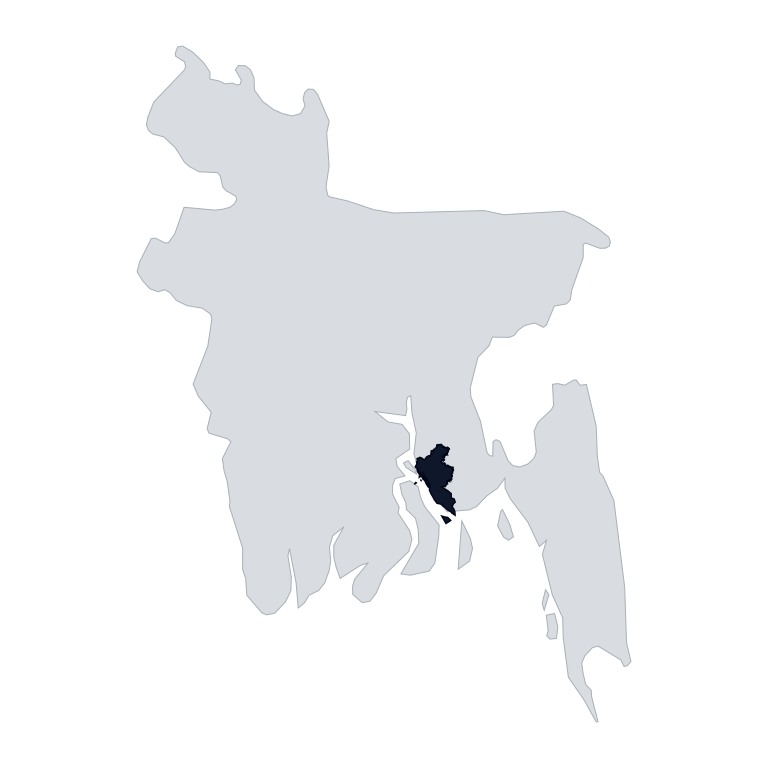 Lakshmipur, Chittagong, Bangladesh (highlighted)
{"feature_id": "16705992B31973889793084", "entity_name": "Lakshmipur", "entity_type": "district", "adm_level": 2, "iso_a3": "BGD", "parent_name": "Bangladesh", "parent_adm1": "Chittagong", "projection": "albers", "projection_center": [90.887, 22.836], "detail": "fine", "context": "in_parent", "style": "filled", "palette": "ink", "viewbox_px": 768, "rotation_deg": 0, "n_neighbors": 0, "source": "geoboundaries", "source_scale": "gbopen_adm2", "svg_char_len": 9619}
<svg xmlns="http://www.w3.org/2000/svg" viewBox="0 0 768 768"><path d="M242.6,569.4L242.7,548.2L229.3,506.3L230.0,501.8L227.3,481.6L224.0,470.5L222.4,458.6L230.9,441.6L227.6,438.8L209.2,433.3L207.1,428.9L211.2,412.2L198.2,396.1L193.1,384.1L207.8,346.1L211.8,319.5L210.8,314.3L202.3,308.2L187.0,305.6L176.3,300.4L170.1,292.8L164.8,289.7L158.2,291.8L149.8,288.7L142.9,281.1L137.1,271.9L139.6,262.0L151.2,238.7L155.3,238.1L164.8,242.8L168.4,242.8L174.9,233.6L184.1,207.3L214.9,210.1L222.3,209.3L230.0,207.3L234.2,204.0L236.6,199.8L235.9,196.2L226.5,191.0L222.9,187.3L220.4,176.6L217.7,172.6L199.2,171.8L189.7,166.8L184.5,162.3L175.3,147.7L163.9,136.9L152.9,134.1L148.6,130.6L146.4,125.1L147.9,117.1L153.8,102.0L184.7,69.7L185.6,66.0L184.5,61.8L175.7,56.3L175.1,53.7L177.7,46.9L182.8,46.1L193.2,52.5L203.7,62.8L209.9,72.0L210.0,79.1L218.3,80.7L225.2,83.9L232.4,83.1L237.0,84.9L240.1,84.3L241.3,80.2L235.4,69.8L238.4,65.5L245.4,65.8L250.4,69.7L254.0,77.8L254.5,90.1L262.6,101.5L273.3,109.5L281.7,113.3L291.9,116.0L300.6,113.6L305.0,105.8L303.1,98.8L304.6,92.5L308.1,89.1L313.5,89.4L317.6,94.4L329.2,121.3L326.7,133.1L329.1,165.7L326.0,187.2L327.8,195.4L329.8,196.9L347.8,201.0L373.8,209.7L393.8,213.0L484.0,210.6L503.8,214.7L564.0,211.2L580.5,217.9L598.4,228.9L608.6,237.0L610.4,241.8L609.4,245.9L606.0,248.1L599.8,248.3L585.6,243.0L583.2,244.6L583.2,257.5L571.8,289.9L570.3,299.9L566.3,303.9L554.3,306.1L546.5,324.9L543.3,327.3L535.4,323.2L530.5,323.9L524.4,325.7L518.2,330.1L514.0,335.5L509.2,337.4L492.3,337.1L489.0,345.8L477.9,357.3L470.3,387.7L470.9,397.0L480.4,421.1L487.1,452.6L489.6,455.7L492.8,456.0L493.0,441.6L496.1,439.7L500.0,441.4L508.1,460.7L512.7,465.6L519.8,467.0L527.9,464.0L533.9,458.3L536.3,452.1L534.1,431.0L537.9,422.4L551.6,409.4L553.6,405.5L552.5,384.3L557.8,383.6L564.8,385.2L573.6,380.1L576.3,380.0L580.1,385.3L586.4,384.4L596.2,426.2L597.3,455.9L599.6,472.3L603.0,476.0L613.9,500.6L624.7,587.4L626.5,642.6L630.9,661.4L627.5,665.6L624.1,666.5L620.8,659.9L598.0,646.1L592.5,647.6L584.8,655.8L581.7,663.4L583.2,674.0L585.7,684.4L591.2,690.3L591.7,697.0L598.0,721.7L596.2,721.9L583.7,699.4L568.4,677.3L563.2,637.5L562.7,617.9L552.3,594.8L542.4,554.5L546.5,540.3L539.4,546.5L528.0,522.4L510.3,498.8L505.1,488.3L504.9,478.1L497.3,488.4L487.0,495.7L476.6,506.5L469.6,509.8L447.4,511.8L434.6,497.3L416.3,461.8L413.9,453.8L416.3,432.9L412.0,413.2L410.8,395.8L407.5,397.3L406.3,402.1L406.9,409.4L405.6,415.6L374.9,411.5L388.0,421.9L402.1,424.4L409.3,433.7L409.8,449.1L395.9,458.5L397.1,466.3L405.1,475.9L395.3,478.5L392.7,484.8L392.4,493.7L399.2,507.4L398.0,512.8L409.6,530.6L411.9,539.2L408.9,551.3L383.6,575.8L376.2,593.1L370.0,601.2L362.2,602.7L352.7,594.4L352.6,586.0L354.6,579.3L367.9,563.1L360.7,565.2L340.1,578.5L336.3,567.6L333.8,557.5L333.8,545.2L343.8,526.8L332.6,535.9L329.4,547.4L330.7,560.9L329.2,570.5L324.7,583.0L318.7,590.5L309.0,595.3L304.7,602.6L298.2,608.0L296.1,582.8L289.5,548.6L287.9,555.9L291.3,577.1L290.9,590.8L285.6,601.7L274.8,613.2L266.6,614.8L261.9,612.9L246.8,595.2L245.7,578.6L242.6,569.4ZM429.3,571.1L410.4,575.2L400.9,573.9L418.8,543.3L418.2,529.6L415.5,518.4L406.4,509.4L405.9,503.0L401.9,494.2L399.8,484.0L409.8,480.7L418.0,486.6L420.9,498.2L424.9,507.0L439.1,524.9L438.8,535.9L434.9,562.9L429.3,571.1ZM469.6,561.1L458.2,569.2L461.8,520.9L470.4,538.8L472.5,548.5L469.6,561.1ZM513.4,536.8L508.4,540.2L503.7,537.2L497.6,525.9L500.6,511.5L502.4,509.5L509.7,524.1L513.4,536.8ZM556.5,638.5L549.9,639.1L546.7,635.7L548.2,630.8L546.3,615.2L554.6,613.5L557.8,626.6L556.5,638.5ZM548.9,594.7L544.2,610.3L542.2,603.4L545.5,589.7L548.9,594.7ZM414.7,469.1L416.6,474.1L406.2,467.6L403.4,463.0L408.1,460.6L414.7,469.1Z" fill="#d9dde1" stroke="#a8b0b8" stroke-width="1"/><path d="M415.3,466.6L415.6,467.5L416.2,468.0L416.8,468.1L417.7,468.9L418.2,470.1L419.9,473.0L420.4,473.7L422.0,476.8L421.9,476.2L422.5,477.0L422.6,477.5L423.3,478.8L423.8,479.0L424.0,478.7L423.3,477.5L423.6,477.8L423.8,478.4L424.1,478.6L424.3,478.5L424.7,477.8L424.5,478.3L424.7,478.2L424.9,477.6L423.8,476.3L423.0,474.6L423.0,473.8L422.5,472.6L422.6,471.8L422.8,472.5L423.7,474.0L424.6,476.2L425.4,477.3L426.0,477.8L427.5,479.8L428.3,482.4L428.4,482.5L428.7,482.4L429.7,484.0L429.9,484.9L429.9,486.6L429.5,488.9L429.4,490.0L430.1,491.8L431.3,494.3L433.3,497.6L434.3,499.7L436.5,502.5L436.7,503.0L437.2,503.3L438.9,503.7L439.9,503.8L441.5,504.5L442.2,505.1L442.8,505.9L444.7,507.2L447.4,509.8L450.3,511.4L451.2,512.2L451.8,513.0L455.1,515.2L454.8,511.6L454.5,510.7L453.6,508.7L452.8,507.6L452.0,506.9L453.4,503.8L455.1,502.3L455.1,501.5L454.4,500.0L454.3,499.2L453.5,498.7L451.2,498.0L451.2,493.5L450.7,493.3L447.9,490.8L447.0,490.3L444.1,488.4L442.7,487.9L441.4,486.9L443.4,486.6L443.7,486.3L444.8,486.6L445.4,486.5L445.6,485.5L445.9,484.8L446.4,484.9L446.6,484.7L446.8,484.3L446.6,484.1L446.8,483.7L447.0,484.0L447.4,483.8L447.1,483.5L447.3,482.9L447.3,482.4L446.7,481.6L447.1,480.9L447.3,480.8L447.5,481.2L447.8,481.0L448.5,481.2L448.3,481.0L448.2,480.8L448.5,480.5L448.8,480.5L448.6,480.6L448.6,480.8L449.5,480.4L449.9,480.6L449.9,480.4L450.3,480.3L450.3,480.1L450.4,479.9L450.6,480.0L450.5,479.8L450.8,479.6L450.7,479.5L451.5,479.4L451.8,479.0L451.7,478.5L451.7,478.3L451.4,477.9L451.2,477.4L451.9,476.5L452.2,476.5L452.3,476.3L452.3,476.0L451.7,475.9L451.4,475.3L451.6,475.0L451.9,474.9L451.8,474.7L451.4,474.8L451.2,474.6L451.5,474.0L452.0,473.6L452.0,472.9L452.3,472.9L452.1,472.6L452.4,472.3L452.0,472.0L452.0,471.8L452.8,471.3L453.0,470.8L453.2,470.7L453.0,470.4L453.1,470.2L453.4,469.9L453.4,469.6L453.2,469.6L452.7,469.3L452.8,469.1L453.1,469.0L452.8,468.2L453.1,467.4L452.4,467.2L452.0,467.3L451.8,468.1L451.3,467.5L451.0,467.4L450.8,467.2L450.7,466.7L450.4,466.6L450.2,466.7L450.1,467.1L449.6,467.2L449.3,466.8L449.0,466.8L448.9,466.3L448.1,466.2L448.1,465.8L448.4,465.7L448.1,465.5L447.8,465.2L447.6,465.2L447.5,465.3L447.2,465.0L447.3,465.2L447.2,465.4L447.3,465.6L447.0,465.6L447.2,465.9L447.0,466.0L447.0,465.8L446.5,466.0L446.3,466.4L446.1,466.4L446.0,465.4L445.7,465.0L445.3,464.9L445.5,464.5L445.4,464.1L444.5,464.0L444.5,463.6L444.9,463.6L444.7,463.2L444.6,463.3L444.2,463.4L444.0,463.1L443.0,463.1L442.3,463.4L442.2,463.2L441.8,463.1L441.8,462.3L441.1,461.8L441.6,461.4L441.8,460.7L442.1,460.6L442.2,460.2L443.2,460.8L443.2,460.5L443.3,460.1L443.1,460.1L443.2,459.9L443.9,459.9L444.3,460.1L444.5,459.9L444.4,459.4L444.0,459.5L443.5,458.6L443.6,458.0L442.6,457.6L442.4,456.5L443.1,456.4L443.4,456.5L443.5,456.8L443.8,457.1L444.5,457.2L444.5,456.6L444.2,456.3L444.2,456.0L443.9,455.9L443.7,455.5L444.3,455.7L444.4,455.4L444.8,455.3L445.0,455.7L445.6,455.4L445.8,455.2L445.8,454.2L446.7,455.0L446.9,455.0L447.1,454.8L447.4,454.8L447.2,454.5L447.6,454.3L447.3,454.3L447.3,453.5L446.9,453.4L446.9,453.0L447.2,452.7L447.3,452.4L447.7,452.3L447.7,451.7L448.2,451.6L448.3,450.5L448.1,450.3L448.2,450.1L448.4,450.0L448.5,449.6L449.1,449.5L449.0,449.2L449.2,448.7L448.8,448.6L448.5,447.9L448.3,447.7L447.4,447.8L447.2,448.1L447.2,447.9L447.0,448.1L446.8,448.1L446.7,447.8L446.3,448.1L446.2,447.7L445.9,447.6L445.5,447.8L445.1,447.7L445.0,447.4L443.8,447.6L443.8,447.2L444.1,447.2L444.0,446.6L443.7,446.6L443.7,447.0L442.7,447.0L442.8,446.7L442.7,445.9L442.3,445.6L441.6,444.7L441.5,444.9L440.9,444.8L440.5,445.0L440.2,444.5L439.3,444.7L439.1,444.6L438.3,444.8L437.9,445.2L437.7,445.0L437.6,445.3L437.4,445.2L437.0,445.4L436.8,445.3L436.8,445.9L436.7,446.2L436.9,446.6L437.2,446.8L437.0,447.2L436.5,447.5L436.2,447.6L435.9,448.0L435.6,448.1L435.7,448.7L434.8,449.0L434.6,449.2L434.0,449.2L433.7,449.6L433.8,449.9L433.7,450.3L433.4,450.5L432.4,450.6L431.3,451.0L431.6,451.4L431.1,452.1L431.2,452.7L430.9,453.8L431.1,453.9L431.1,454.1L431.0,454.4L430.7,454.9L430.8,454.9L430.8,455.1L431.0,455.2L430.7,455.4L430.7,455.6L431.1,455.4L430.9,455.7L430.5,455.7L430.3,455.8L429.9,455.9L429.3,455.7L429.0,455.9L428.5,455.8L428.1,456.2L427.5,456.4L427.3,456.8L426.6,456.9L426.4,457.4L426.9,457.6L426.9,457.8L426.5,457.8L426.1,458.3L425.7,458.3L425.8,458.6L425.4,458.8L424.3,459.9L424.0,459.8L421.7,458.0L420.3,457.5L419.7,457.4L418.0,458.5L417.5,458.4L417.4,458.7L417.0,458.8L417.4,461.1L417.1,461.6L416.5,461.9L416.5,462.1L416.7,462.4L417.5,462.6L417.7,463.0L416.8,463.2L416.8,463.5L417.0,463.9L415.3,466.6ZM446.0,523.5L450.7,520.5L449.8,519.4L448.4,518.4L448.3,517.9L448.0,517.7L447.4,517.4L444.9,517.0L441.8,516.1L446.0,523.5ZM427.2,481.1L426.8,479.6L426.0,480.0L425.7,480.0L425.4,480.7L425.0,481.1L426.1,483.5L426.4,484.1L427.0,484.1L427.5,483.8L429.2,484.8L428.9,484.0L428.1,483.1L427.6,482.1L427.2,481.1ZM428.5,487.1L428.7,486.0L429.0,485.4L428.9,484.7L427.6,483.9L426.6,484.4L427.4,485.8L428.3,487.0L428.5,487.1ZM425.9,479.9L426.6,479.4L425.9,478.5L425.7,478.2L425.3,478.0L424.5,479.6L424.6,480.3L424.9,480.8L425.3,480.5L425.6,479.9L425.9,479.9ZM419.3,476.1L419.3,477.0L419.6,476.6L420.2,476.5L420.4,476.7L420.7,476.5L420.0,476.2L419.9,476.0L419.3,476.1ZM414.9,483.8L415.5,483.5L415.8,482.9L416.0,483.1L416.3,482.9L415.8,482.5L415.6,482.5L415.2,483.1L415.2,483.6L414.9,483.6L414.9,483.8ZM419.6,474.3L419.2,473.4L418.5,472.8L418.7,473.6L419.1,473.7L419.4,474.4L419.6,474.3ZM423.6,475.2L423.6,474.4L423.2,473.9L423.2,474.8L423.4,475.2L423.6,475.2ZM424.7,477.0L423.8,475.5L423.5,475.4L424.0,476.5L424.7,477.0ZM418.5,472.8L418.1,472.1L417.4,471.4L417.5,471.8L418.5,472.8ZM423.7,479.7L423.3,479.2L423.0,479.0L423.3,479.6L423.7,479.7ZM422.6,478.1L422.3,477.2L422.2,477.1L422.4,478.0L422.6,478.1ZM417.8,469.7L417.5,469.0L417.3,468.9L417.5,469.4L417.8,469.7ZM421.1,480.5L421.1,480.3L420.9,480.2L420.9,480.4L421.1,480.5ZM419.8,474.6L419.7,474.3L419.8,474.6Z" fill="#0f172a" stroke="#020617" stroke-width="1.5"/></svg>